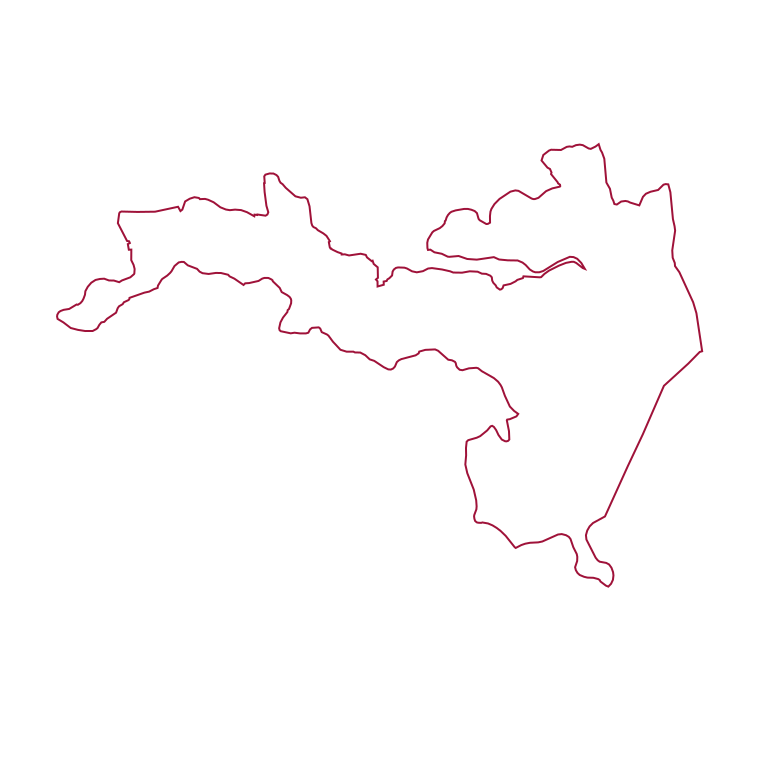 Hunters Hill, New South Wales, Australia, rotated 175°
{"feature_id": "25037944B34296859753223", "entity_name": "Hunters Hill", "entity_type": "district", "adm_level": 2, "iso_a3": "AUS", "parent_name": "Australia", "parent_adm1": "New South Wales", "projection": "natural_earth1", "projection_center": [151.151, -33.83], "detail": "fine", "context": "isolated", "style": "outline", "palette": "rose", "viewbox_px": 768, "rotation_deg": 175, "n_neighbors": 0, "source": "geoboundaries", "source_scale": "gbopen_adm2", "svg_char_len": 6148}
<svg xmlns="http://www.w3.org/2000/svg" viewBox="0 0 768 768"><g transform="rotate(175 384 384)"><path d="M185.6,168.4L180.5,163.8L178.2,162.6L175.2,165.2L173.0,169.0L172.1,173.3L172.2,176.6L173.4,181.1L175.5,184.6L178.2,186.4L184.7,188.2L186.5,189.8L188.3,192.5L195.9,211.4L196.0,215.8L194.3,220.3L191.6,224.2L187.9,227.3L175.4,232.8L148.4,280.7L130.5,311.4L105.3,357.8L79.1,377.8L66.7,388.4L64.2,388.9L66.6,427.3L68.9,438.5L80.0,469.6L83.8,476.1L83.8,479.3L85.4,484.6L85.2,492.0L80.6,511.4L80.8,515.8L81.8,523.2L82.0,550.1L83.4,558.1L86.0,558.6L88.2,558.2L94.0,553.4L101.7,552.3L106.5,550.7L109.7,547.9L114.1,539.7L123.0,543.3L125.1,544.6L127.6,545.3L131.8,545.1L136.4,542.5L138.8,543.2L139.6,546.7L140.9,549.8L141.9,558.8L144.9,565.3L144.9,589.2L146.6,595.6L147.9,598.3L149.2,604.2L152.6,602.1L157.5,600.2L159.6,600.8L165.1,604.6L168.1,605.4L172.0,605.2L175.8,603.9L178.6,604.5L181.3,604.3L187.3,601.7L197.1,602.8L199.2,602.2L205.3,598.3L207.6,592.9L202.3,585.3L199.9,583.7L198.7,580.1L199.3,578.6L193.4,569.8L193.1,568.7L191.3,567.2L191.2,565.7L191.6,565.3L199.3,564.2L205.7,562.0L213.9,556.0L217.5,555.1L219.2,555.2L220.8,555.9L233.2,564.7L236.3,565.4L241.3,564.6L252.8,558.3L258.3,553.6L261.7,549.1L262.9,546.5L263.8,542.1L264.3,535.5L266.7,534.4L268.2,534.5L274.4,538.8L275.4,540.3L276.5,546.1L278.6,548.4L281.8,550.0L285.2,551.1L289.1,551.4L297.5,550.7L301.8,549.7L303.5,548.7L305.5,546.8L307.1,544.5L308.4,541.4L309.1,541.0L309.6,538.7L312.1,536.2L314.9,534.4L321.0,532.1L322.7,530.8L327.6,524.1L328.6,520.9L328.9,515.6L328.5,513.7L326.1,513.8L322.3,510.8L315.1,508.7L309.4,505.3L307.7,505.0L298.5,505.0L290.2,501.3L280.7,499.8L263.5,500.8L258.5,498.0L249.8,496.4L240.1,495.4L235.4,492.9L232.5,490.2L228.8,485.4L225.8,483.1L223.5,482.1L219.5,481.8L215.5,482.7L200.3,490.4L187.8,494.5L184.1,493.9L180.6,491.9L176.9,487.4L173.9,481.2L175.9,482.2L181.9,487.8L184.3,489.2L186.4,489.4L192.2,488.8L199.3,486.7L209.7,482.6L214.6,479.7L218.1,476.8L219.5,476.7L235.7,479.1L236.4,477.4L242.1,476.1L244.0,474.8L249.2,472.7L256.3,471.8L257.4,469.3L258.8,468.2L260.3,467.9L263.3,470.4L264.1,472.5L266.3,475.3L267.2,477.6L267.3,480.9L268.6,482.6L272.7,484.8L276.9,485.4L280.9,487.7L288.7,488.8L296.5,488.1L305.3,489.0L308.3,490.5L316.1,493.0L326.1,495.3L330.0,495.2L335.4,493.0L341.6,492.4L346.2,493.8L351.1,497.1L353.5,498.1L359.8,498.9L362.0,498.6L364.2,497.2L365.6,495.3L366.5,491.4L369.5,488.9L371.5,487.9L372.4,486.4L375.4,486.1L375.6,482.9L381.9,481.7L381.5,486.9L382.9,488.8L380.8,490.3L380.1,500.8L383.8,504.5L384.6,507.8L385.5,507.4L389.9,511.6L390.9,514.2L395.9,515.8L407.6,515.1L411.7,516.6L414.9,516.7L414.9,517.7L418.7,519.4L423.9,522.5L424.8,523.6L425.4,523.5L426.1,524.9L426.6,530.2L425.4,530.9L428.4,536.6L431.3,539.3L436.5,543.0L438.2,545.1L440.6,546.5L441.7,548.1L442.3,550.7L442.7,567.5L444.2,574.8L446.5,576.9L450.6,576.8L455.9,578.7L464.8,588.0L467.6,591.9L469.5,593.5L470.5,595.6L471.4,599.6L472.9,601.5L475.8,603.3L479.7,603.7L483.9,602.9L485.2,601.3L485.3,594.6L486.0,594.5L486.2,585.7L485.6,571.8L484.3,565.2L485.4,563.0L487.3,562.0L495.4,563.9L495.6,563.4L498.2,564.0L498.6,562.4L505.5,567.1L511.2,569.7L517.2,570.7L522.4,570.6L526.3,571.6L531.6,574.3L537.9,579.9L543.2,582.9L546.2,584.0L551.3,584.2L551.9,585.2L552.7,585.6L556.6,586.6L561.4,585.5L566.2,583.2L569.7,575.3L571.7,574.0L573.7,578.5L597.0,575.6L614.6,576.9L630.6,578.7L632.2,578.1L632.9,577.1L635.1,567.4L627.5,548.9L625.5,548.4L624.9,546.6L627.0,545.7L626.5,540.0L624.0,539.9L625.0,529.4L623.1,524.5L622.4,520.3L623.1,515.8L623.5,515.2L627.4,512.4L636.0,510.0L638.9,508.5L644.1,510.6L648.9,511.1L653.6,513.3L657.8,513.4L662.3,512.8L666.8,510.4L670.6,506.7L673.4,502.5L674.1,499.0L675.9,495.2L677.4,492.9L679.4,491.0L682.1,489.6L683.3,490.0L691.1,486.2L696.7,485.8L699.9,484.9L701.8,483.8L703.4,481.5L703.8,479.7L703.5,477.3L698.0,473.3L691.2,467.1L684.2,464.6L677.0,462.8L669.6,462.2L666.0,463.7L664.5,464.7L662.4,467.8L660.2,470.0L657.2,470.3L654.2,473.1L644.7,478.4L642.7,482.7L641.2,484.5L637.4,486.3L636.0,488.1L631.1,489.9L630.3,490.8L630.0,492.0L614.7,495.9L609.9,496.5L605.0,498.5L601.2,499.4L600.6,501.7L596.6,507.1L595.7,508.0L590.5,510.9L587.4,513.3L585.9,514.8L582.4,519.8L577.9,523.0L575.0,523.3L572.7,523.0L569.1,519.3L560.2,515.0L557.9,512.0L555.1,510.2L549.1,508.9L542.0,509.3L536.8,508.8L529.7,506.4L528.5,504.7L523.9,502.0L515.3,494.9L513.5,496.4L509.6,496.3L500.0,497.6L496.1,499.6L493.9,500.1L489.9,499.7L486.9,497.9L486.0,497.0L485.8,496.0L479.5,488.8L477.9,484.5L472.7,481.0L470.5,479.0L469.4,477.1L469.1,475.5L469.5,472.5L472.1,467.0L473.5,466.0L474.0,464.1L478.8,459.0L481.8,454.4L483.6,448.7L483.3,446.7L482.3,445.6L472.5,442.6L468.7,442.9L463.1,441.7L457.4,441.2L454.9,441.7L452.9,444.8L450.8,446.2L444.1,446.1L442.7,444.8L441.5,441.1L436.5,438.3L435.1,437.0L431.2,430.6L424.4,421.9L418.5,419.5L411.7,418.9L410.3,418.0L404.9,417.4L400.1,414.3L396.1,409.8L391.7,407.9L382.8,400.8L378.5,398.2L375.9,397.8L373.6,398.6L371.6,400.4L369.3,404.7L367.1,406.3L364.5,407.3L350.0,409.8L346.8,411.5L346.1,413.2L339.9,414.4L330.1,414.0L327.2,412.4L317.9,402.6L314.3,401.7L311.4,399.9L310.7,398.5L310.4,395.9L309.7,394.2L307.4,391.6L304.6,390.9L298.0,392.2L290.6,392.1L288.9,391.5L285.4,388.2L274.0,380.3L270.1,376.3L268.0,372.9L266.9,370.4L264.6,361.7L260.6,350.6L256.8,345.9L252.9,342.5L254.9,340.2L261.7,338.0L264.4,337.8L264.8,337.2L263.6,326.1L264.0,317.8L265.2,316.6L266.8,316.2L268.3,316.4L271.5,318.4L274.4,323.2L276.3,328.3L278.3,331.7L279.9,332.9L281.5,332.5L285.2,328.8L292.7,323.7L296.3,322.4L305.0,320.7L306.7,319.3L307.9,313.1L308.4,305.8L310.0,296.7L308.8,287.9L303.8,271.0L302.3,260.1L302.4,254.0L302.9,251.1L305.5,245.6L305.8,244.3L305.7,242.0L305.2,239.7L303.7,238.1L302.3,237.6L299.3,237.2L298.1,237.5L292.5,236.0L288.2,233.7L284.3,230.8L280.7,227.5L276.0,222.1L268.0,210.0L267.1,209.2L261.2,211.6L257.2,212.6L252.4,213.1L244.2,212.8L240.0,213.3L223.8,218.9L220.0,219.0L215.8,217.5L213.2,215.6L211.7,213.3L209.6,204.8L206.8,197.8L206.5,195.0L207.0,190.8L209.6,184.8L209.1,181.8L207.7,178.9L205.7,176.7L201.5,174.5L198.2,173.4L192.3,172.7L187.6,171.0L186.2,169.9L185.6,168.4Z" fill="none" stroke="#9f1239" stroke-width="2"/></g></svg>